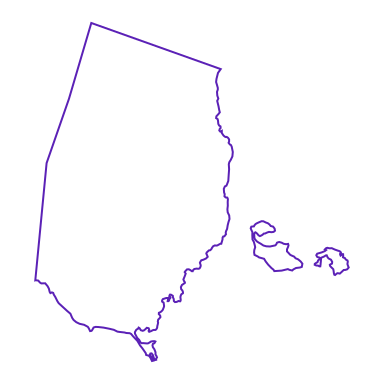 outline of Sharm el-Sheikh, Janub Sina', Egypt
{"feature_id": "37247803B39887765706268", "entity_name": "Sharm el-Sheikh", "entity_type": "district", "adm_level": 2, "iso_a3": "EGY", "parent_name": "Egypt", "parent_adm1": "Janub Sina'", "projection": "natural_earth1", "projection_center": [34.42, 28.077], "detail": "fine", "context": "isolated", "style": "outline", "palette": "violet", "viewbox_px": 384, "rotation_deg": 0, "n_neighbors": 0, "source": "geoboundaries", "source_scale": "gbopen_adm2", "svg_char_len": 5780}
<svg xmlns="http://www.w3.org/2000/svg" viewBox="0 0 384 384"><path d="M35.3,280.3L35.6,280.2L38.3,280.6L39.9,282.5L41.3,283.4L45.2,283.3L47.6,286.2L48.4,287.7L48.9,288.7L49.7,292.0L50.4,293.1L51.9,292.4L53.2,292.9L53.8,294.6L55.3,297.0L57.4,301.2L58.7,303.2L67.1,310.9L70.4,313.7L72.2,317.9L73.6,320.0L76.3,322.2L79.6,323.8L84.1,324.8L87.8,326.8L88.9,328.5L90.1,331.1L91.4,330.9L91.9,330.5L92.6,329.3L93.6,327.5L95.5,326.9L98.1,327.0L103.5,327.6L109.6,328.8L111.2,329.2L113.8,329.8L117.4,331.6L119.3,331.9L124.6,332.5L126.3,333.0L129.7,333.2L131.2,334.0L132.8,336.0L135.6,339.0L137.4,340.9L140.1,345.5L142.3,348.2L145.7,353.1L146.2,355.0L147.4,355.3L148.9,355.7L150.3,357.5L152.0,361.0L153.6,360.6L153.3,359.3L152.5,357.3L150.9,356.3L149.8,354.8L150.4,353.5L151.6,353.4L152.8,354.9L153.9,358.1L154.8,360.1L156.2,359.8L156.1,358.8L157.0,357.4L156.5,356.1L155.5,354.5L155.5,352.2L154.4,349.3L152.9,347.2L152.5,345.3L152.9,343.9L154.4,343.2L155.4,341.5L154.7,341.2L153.1,341.2L151.0,341.5L149.4,342.6L147.9,343.4L146.4,343.4L143.1,343.1L141.6,343.2L140.5,342.4L139.2,339.9L137.2,337.9L135.0,333.7L134.9,332.2L136.2,329.9L137.1,329.2L138.1,328.7L138.6,327.6L139.5,328.1L140.8,330.2L142.7,330.8L143.9,330.4L145.4,329.2L146.8,327.8L148.6,328.2L149.2,329.5L148.6,330.9L149.2,331.8L151.1,331.1L152.8,330.2L153.9,329.9L155.2,330.0L156.1,329.5L156.9,328.3L157.2,327.4L157.2,327.1L157.3,326.1L157.8,324.2L158.1,322.6L157.8,321.6L158.2,319.6L159.3,318.5L160.4,317.2L160.3,316.0L159.7,315.0L158.8,314.1L158.9,312.8L160.5,312.1L161.8,311.0L162.8,309.8L163.9,307.0L164.1,306.0L163.6,302.6L162.1,301.6L162.1,300.4L162.9,299.1L164.4,298.6L166.3,298.0L168.1,298.0L168.0,299.3L167.7,301.1L168.5,301.1L169.0,300.6L169.3,299.3L170.5,297.7L170.3,297.0L169.3,296.2L169.6,295.2L170.0,294.6L171.0,294.7L172.8,295.8L173.0,297.5L173.7,298.9L173.9,301.1L175.0,302.1L176.7,301.9L178.5,301.0L179.2,301.2L180.2,301.3L180.6,300.7L180.7,299.6L180.4,297.1L180.8,295.4L181.4,294.2L182.9,293.3L183.0,292.2L182.4,290.5L181.2,289.2L180.9,287.1L181.9,285.0L183.8,283.7L184.9,282.9L184.9,282.3L184.0,281.0L183.4,279.4L184.7,276.3L185.7,273.6L184.7,272.1L185.4,271.1L187.0,269.4L188.8,269.3L190.4,270.1L191.8,271.2L192.7,271.2L192.9,270.4L194.3,269.0L196.7,268.6L198.2,268.8L199.4,268.5L200.1,267.6L200.6,266.3L200.7,265.2L199.9,262.8L200.4,261.7L201.3,260.3L203.4,259.7L206.0,258.5L207.7,256.8L206.9,254.8L206.3,253.6L206.7,252.5L208.9,250.4L210.3,250.2L211.5,248.9L212.0,247.8L213.2,246.2L214.9,245.4L216.1,245.6L217.4,245.4L218.6,244.7L220.7,243.6L221.3,243.7L222.5,239.5L222.6,237.5L223.2,236.5L224.4,236.3L226.0,234.2L225.7,232.9L226.0,231.3L227.1,228.9L227.7,225.2L228.5,222.0L229.5,219.0L229.2,215.5L227.7,212.3L227.4,209.3L227.8,205.8L227.7,202.1L227.9,199.1L227.3,197.6L225.8,197.5L224.5,196.4L224.7,194.1L224.1,192.6L223.8,188.8L224.9,186.4L226.4,185.7L227.1,184.1L228.3,180.9L228.7,174.8L229.1,169.3L228.8,164.2L229.3,162.2L230.8,159.8L232.4,156.4L232.8,152.0L231.7,146.6L230.9,145.0L229.9,144.5L228.6,142.8L229.1,141.5L229.1,139.4L228.0,137.8L226.7,136.9L226.0,137.1L224.9,136.7L223.5,135.5L221.8,133.0L221.8,130.9L221.3,131.2L220.3,131.6L219.3,130.5L219.7,129.0L220.6,128.0L220.5,126.4L219.1,125.5L218.3,123.9L218.0,120.6L217.6,119.1L216.1,118.1L216.4,116.3L217.4,115.2L218.5,114.0L219.8,112.3L219.2,110.0L218.5,106.2L217.2,100.9L218.3,98.6L217.3,95.6L217.0,91.9L217.8,89.5L217.8,87.9L217.0,85.0L216.1,82.0L216.5,78.8L218.0,72.9L220.7,69.1L91.3,23.0L69.0,98.7L46.6,163.1L35.3,280.3ZM254.4,225.4L253.9,226.4L252.5,226.5L252.1,226.5L251.3,226.7L250.7,228.3L251.5,230.3L252.4,232.1L252.3,235.0L252.5,239.5L253.9,242.0L254.8,245.4L255.2,247.2L254.3,250.0L254.1,252.5L254.5,254.9L256.4,255.8L257.8,256.5L259.0,257.4L261.6,258.1L264.1,258.8L265.7,261.5L268.2,264.7L271.5,268.1L273.5,269.7L274.3,271.1L278.9,270.8L281.7,270.6L287.9,269.1L289.3,269.8L292.2,270.5L293.4,269.4L296.0,268.0L300.0,267.5L301.8,266.9L302.4,263.7L300.7,261.5L298.2,259.4L297.1,258.9L295.6,258.3L294.1,256.6L291.3,255.4L290.1,254.7L288.3,252.7L287.0,251.4L287.0,249.3L288.1,246.8L288.5,245.3L288.1,243.9L286.1,244.2L283.7,243.8L281.7,242.7L279.2,242.0L278.5,242.2L277.8,242.4L277.5,242.5L277.0,242.7L276.6,243.6L276.1,244.6L275.2,245.4L270.0,246.5L266.3,246.3L263.4,245.5L260.7,243.7L258.7,242.6L256.9,241.4L254.9,239.2L254.4,237.8L254.2,234.7L254.4,233.3L255.3,232.3L256.1,232.7L257.4,233.9L258.5,235.3L259.9,236.1L261.3,235.5L262.5,234.8L263.8,233.6L265.1,233.5L267.2,232.5L269.0,231.9L271.5,232.2L273.6,231.9L275.0,230.7L274.6,228.6L273.1,226.6L270.7,226.0L269.5,224.5L267.8,223.2L265.8,222.5L263.4,221.3L261.6,221.2L259.2,222.2L257.2,223.1L255.6,224.0L254.4,225.4ZM318.0,265.6L319.5,266.4L320.2,266.3L320.3,266.3L320.6,264.2L320.6,263.8L320.9,260.9L320.9,260.2L321.0,259.5L321.0,257.8L322.5,257.2L324.5,256.3L325.6,255.5L326.1,255.4L326.7,255.3L327.6,257.3L328.6,258.5L331.0,259.7L332.2,261.9L332.0,263.6L330.3,264.4L330.1,264.6L329.8,264.9L330.2,266.1L331.6,267.6L332.8,268.7L333.3,269.3L333.6,271.0L333.9,273.3L334.3,274.7L335.1,275.0L336.0,274.2L337.3,273.2L338.4,273.3L339.8,273.6L341.8,271.8L342.2,271.4L342.6,271.0L343.7,270.0L345.4,269.9L347.2,269.3L348.7,267.5L347.9,265.5L347.4,264.0L347.8,261.7L347.5,260.5L345.8,259.5L345.3,258.8L345.0,258.2L344.4,257.8L343.7,257.7L343.0,257.3L343.2,255.6L343.1,254.2L342.0,254.1L341.1,255.3L340.9,255.4L340.6,255.6L340.1,254.4L340.2,253.5L340.9,252.6L340.4,251.7L338.9,250.9L338.0,250.7L335.8,249.9L334.7,249.5L331.8,248.2L329.4,248.3L327.3,247.8L326.1,248.2L324.9,249.4L325.4,249.7L326.1,250.1L324.8,251.1L321.7,252.4L319.6,253.0L318.2,253.4L317.2,253.7L316.3,255.2L317.1,256.8L317.9,257.2L319.2,257.5L320.1,258.9L319.2,259.5L318.1,260.4L317.5,262.2L316.5,262.7L315.3,263.5L314.8,263.8L314.7,264.8L316.2,265.5L317.9,265.6L318.0,265.6Z" fill="none" stroke="#5b21b6" stroke-width="2"/></svg>